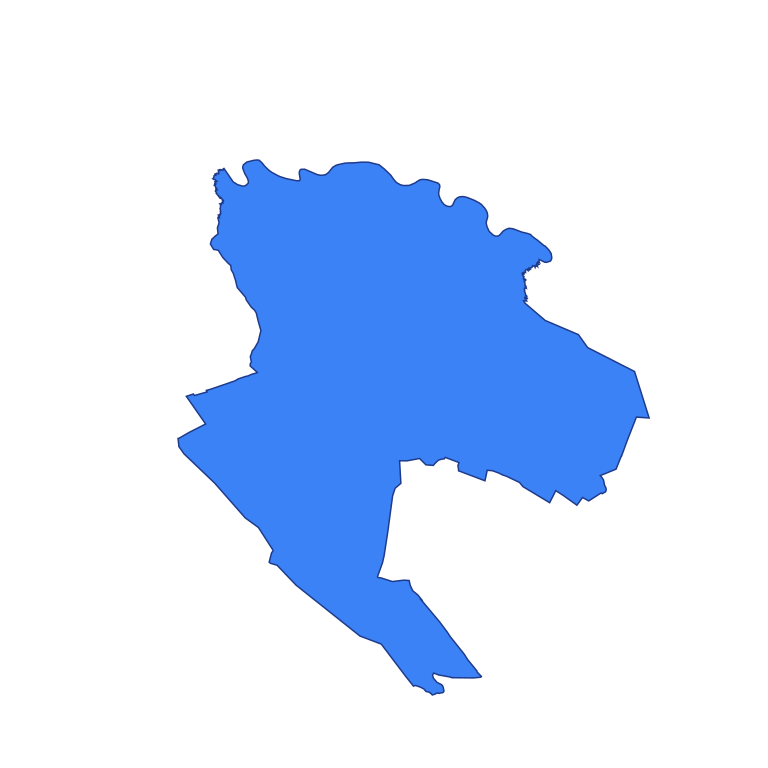 Brenguļu pag., Beverinas, Latvia, rotated 41°
{"feature_id": "27541924B16745328743360", "entity_name": "Brenguļu pag.", "entity_type": "district", "adm_level": 2, "iso_a3": "LVA", "parent_name": "Latvia", "parent_adm1": "Beverinas", "projection": "equal_earth", "projection_center": [25.567, 57.531], "detail": "fine", "context": "isolated", "style": "filled", "palette": "blue", "viewbox_px": 768, "rotation_deg": 41, "n_neighbors": 0, "source": "geoboundaries", "source_scale": "gbopen_adm2", "svg_char_len": 6134}
<svg xmlns="http://www.w3.org/2000/svg" viewBox="0 0 768 768"><g transform="rotate(41 384 384)"><path d="M121.8,326.3L121.5,327.2L121.6,327.7L122.2,327.9L122.0,328.3L120.9,328.9L120.8,329.4L119.6,329.6L119.2,330.4L119.8,330.6L118.6,331.3L120.4,332.9L120.9,333.0L120.8,333.5L121.2,334.0L120.2,334.2L119.5,334.8L119.8,335.5L119.0,335.8L118.7,336.4L118.8,336.7L119.9,337.0L119.4,337.4L119.1,338.4L120.2,340.0L120.1,340.5L120.5,341.0L120.3,341.4L121.5,341.2L122.6,340.5L124.8,340.7L123.7,341.7L123.6,342.3L125.0,342.6L124.6,342.9L124.7,343.7L125.3,344.0L126.0,343.9L126.0,344.2L125.4,344.4L125.6,344.6L125.3,344.8L125.5,345.4L126.4,345.1L127.0,345.6L128.6,346.0L128.4,346.4L129.0,346.7L130.2,346.4L130.2,346.7L130.6,346.9L130.3,347.1L129.4,347.0L129.6,347.4L130.2,347.4L130.4,347.7L130.2,347.9L129.7,347.9L129.8,348.2L130.4,349.2L131.8,349.3L132.3,350.2L133.0,350.0L133.2,350.3L134.9,350.6L135.3,350.3L135.9,350.8L137.3,351.1L137.1,350.7L137.2,350.4L138.7,351.1L138.9,350.4L139.3,350.4L140.0,350.8L141.0,350.6L141.5,351.1L141.9,350.8L142.3,350.9L142.6,351.1L142.3,351.5L143.0,351.5L142.7,352.6L143.5,352.7L143.7,353.0L143.2,353.1L142.6,354.1L143.2,354.8L142.6,354.8L142.4,355.1L142.8,355.5L142.2,355.8L143.2,356.1L145.0,358.5L145.1,359.1L147.5,360.9L147.4,361.3L148.9,362.3L148.6,362.8L149.4,363.7L148.6,364.3L148.8,364.9L148.3,365.2L148.9,365.5L149.6,365.3L150.7,366.5L149.4,366.9L149.5,367.5L153.5,370.3L154.3,371.7L155.7,375.3L160.3,379.7L159.6,383.1L159.1,387.8L161.2,392.3L167.1,394.2L171.1,391.8L179.4,394.3L187.0,395.1L190.7,395.1L193.7,398.0L197.5,399.3L203.5,402.9L210.0,407.5L222.6,409.4L224.9,410.9L233.4,413.1L237.9,413.2L241.0,414.2L247.6,418.9L256.1,424.5L261.4,434.8L262.9,442.4L262.8,445.3L264.2,448.4L265.1,451.0L269.5,454.5L269.8,456.5L271.2,458.2L280.8,458.4L280.3,459.6L277.7,463.6L276.1,467.1L274.7,468.9L270.6,475.8L269.5,479.3L256.2,502.3L254.1,505.4L255.7,506.0L248.5,517.0L246.7,516.6L242.9,523.0L275.6,531.2L268.7,548.3L264.6,560.2L264.4,560.3L270.3,565.8L278.8,567.9L321.4,569.9L367.1,576.1L383.4,574.7L409.3,582.2L409.7,582.7L410.0,585.4L414.2,593.8L415.9,593.8L421.6,591.2L421.9,590.9L449.8,593.5L531.2,590.0L552.6,582.1L592.1,590.4L604.5,592.7L605.3,591.2L605.9,590.7L610.4,588.9L614.1,588.0L617.4,588.5L620.0,587.1L622.8,586.7L623.6,587.0L624.6,586.9L626.2,584.1L626.5,582.7L628.6,581.3L629.5,579.9L630.6,578.8L631.0,577.5L630.7,576.4L627.6,574.0L625.8,573.2L624.8,573.2L619.6,574.4L614.3,573.6L611.8,572.0L611.5,571.4L611.1,569.6L616.4,567.6L626.1,561.8L627.8,561.2L644.5,547.0L649.4,541.8L649.3,540.8L643.4,540.3L642.3,539.6L627.9,537.1L621.9,535.3L599.7,531.2L594.4,529.7L581.8,527.0L553.4,522.5L554.0,522.1L547.9,521.0L541.4,521.2L535.8,518.7L531.9,515.8L527.7,519.0L519.9,527.6L509.2,532.2L506.1,534.1L505.5,533.7L500.0,519.6L496.6,513.3L484.1,493.5L463.9,462.8L460.8,455.4L461.9,447.9L446.1,431.7L451.8,426.9L459.7,416.9L468.7,417.5L474.6,413.1L474.6,410.4L475.0,405.9L476.7,403.0L478.5,401.1L478.4,399.2L491.3,394.4L492.2,394.3L493.3,397.1L496.1,399.4L497.2,400.6L523.7,390.8L518.5,381.4L522.9,378.2L529.1,375.9L533.3,374.8L536.8,373.3L550.9,369.4L556.2,370.3L586.9,364.9L583.6,351.8L591.7,350.6L609.1,348.9L608.3,339.4L615.2,337.9L619.3,323.9L619.8,323.6L620.6,323.7L621.7,320.8L621.9,319.7L621.2,318.2L619.6,316.8L616.9,315.7L612.6,312.4L609.9,311.6L607.3,311.3L615.0,296.0L610.5,283.1L610.7,282.9L604.8,267.5L596.2,243.4L606.4,235.7L564.9,210.2L513.8,222.9L498.4,219.2L464.0,230.3L437.5,230.5L434.8,229.6L437.2,227.7L433.6,226.7L433.5,226.4L435.0,226.4L435.2,226.0L436.0,225.8L436.1,225.5L434.6,225.3L434.4,225.1L434.7,224.7L434.3,224.1L433.7,223.9L433.0,224.4L432.8,224.2L433.2,223.9L432.3,223.7L430.8,222.6L429.0,221.8L429.1,221.4L427.4,219.9L427.7,219.6L427.3,219.2L427.4,218.7L428.3,218.4L427.8,218.2L427.8,217.6L426.5,217.5L426.6,217.0L425.3,216.9L424.8,215.9L423.2,214.7L422.4,214.5L422.9,213.9L422.5,213.4L422.8,212.4L421.6,212.3L421.2,213.1L420.5,213.3L420.1,213.1L420.3,212.5L419.3,211.8L419.2,211.1L418.9,211.0L418.4,211.4L417.6,210.9L417.0,210.9L416.9,210.6L417.2,210.0L415.9,210.1L415.7,209.7L415.9,209.6L415.8,209.0L417.1,208.6L416.3,207.9L417.7,207.0L416.2,205.5L416.0,205.0L416.1,204.4L416.7,203.9L418.1,203.9L417.3,203.2L418.4,202.9L417.9,202.5L418.9,202.1L419.1,201.5L417.7,201.9L417.3,201.3L418.0,201.2L419.0,199.4L419.1,198.5L418.7,198.2L418.7,197.6L419.0,197.4L418.8,196.8L420.0,196.6L420.2,196.2L421.5,196.8L421.2,196.1L421.6,195.5L421.5,195.2L421.0,195.2L420.7,194.4L422.5,194.5L420.8,193.4L420.9,193.2L422.1,192.9L422.5,191.9L421.9,191.9L421.7,192.6L420.0,192.4L420.1,191.9L420.6,191.6L420.1,190.6L421.4,190.3L420.9,190.1L419.5,188.3L420.1,188.3L420.6,187.9L425.3,186.7L426.9,185.5L429.0,182.0L428.7,180.4L427.9,178.7L424.6,175.9L420.6,174.7L415.0,174.2L414.1,174.6L404.8,174.8L403.0,175.1L398.4,175.3L396.6,175.0L393.4,176.3L388.2,179.0L379.7,182.1L376.2,184.4L374.7,187.1L373.6,190.5L373.6,194.8L373.5,196.2L373.1,197.1L372.4,198.2L370.8,199.4L368.4,200.0L363.2,199.8L358.5,197.7L355.2,195.2L352.6,189.9L351.7,188.8L349.5,187.0L347.7,186.1L344.7,185.2L339.5,184.6L337.5,184.8L332.0,186.0L324.8,188.5L322.3,189.7L320.8,190.6L318.5,192.8L317.3,195.1L316.8,198.2L318.3,203.5L318.3,205.3L317.6,206.6L316.8,207.3L314.9,208.4L313.8,208.8L311.3,209.1L308.0,208.5L304.5,207.2L301.6,205.5L300.2,204.3L298.2,201.3L296.8,198.6L295.9,197.7L295.0,197.1L292.8,197.0L283.0,201.2L279.3,203.9L278.0,205.2L277.1,206.5L276.0,209.8L275.6,211.7L272.8,217.5L268.8,221.2L265.9,222.8L262.4,223.6L260.4,223.7L256.5,223.1L252.4,222.0L243.1,221.5L236.4,221.8L226.8,226.8L221.6,231.2L216.2,236.8L212.0,240.6L209.5,243.1L205.3,248.8L204.3,250.4L203.1,254.2L203.4,260.5L202.9,263.2L202.5,264.4L200.9,266.5L199.1,268.1L196.4,269.7L183.3,273.9L180.6,276.3L180.3,277.4L180.7,279.1L182.0,280.8L185.9,284.0L186.8,285.0L186.6,286.2L184.6,288.0L175.3,293.2L169.5,295.7L166.7,296.5L160.3,297.9L156.8,298.2L151.1,297.9L146.7,297.1L143.0,297.0L141.1,298.3L138.8,300.8L134.8,306.6L134.1,310.9L135.0,312.9L136.1,314.0L140.8,316.5L145.7,318.2L148.3,319.7L149.3,320.8L149.8,321.7L149.6,323.8L149.1,325.7L147.8,327.2L142.8,329.6L137.5,330.4L121.8,326.3Z" fill="#3b82f6" stroke="#1e3a8a" stroke-width="1.5"/></g></svg>